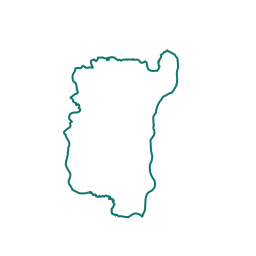 the district of Phonthong, Champasak, Laos, rotated 53°
{"feature_id": "54806243B67434402908614", "entity_name": "Phonthong", "entity_type": "district", "adm_level": 2, "iso_a3": "LAO", "parent_name": "Laos", "parent_adm1": "Champasak", "projection": "mercator", "projection_center": [105.67, 15.132], "detail": "fine", "context": "isolated", "style": "outline", "palette": "teal", "viewbox_px": 256, "rotation_deg": 53, "n_neighbors": 0, "source": "geoboundaries", "source_scale": "gbopen_adm2", "svg_char_len": 5712}
<svg xmlns="http://www.w3.org/2000/svg" viewBox="0 0 256 256"><g transform="rotate(53 128 128)"><path d="M202.4,162.7L196.1,157.4L193.9,155.2L193.1,154.1L192.6,153.3L192.1,152.1L191.8,150.8L191.8,149.7L192.2,147.6L192.3,146.4L192.1,145.1L191.8,143.7L191.4,142.8L190.9,141.9L189.7,140.5L187.8,139.3L186.5,138.7L185.0,138.4L183.3,138.4L180.5,138.0L176.3,136.8L175.0,136.0L172.4,134.2L170.2,132.2L168.8,129.3L167.7,128.1L166.5,126.7L165.4,125.8L164.3,125.2L159.9,123.2L154.8,119.8L152.5,118.2L151.5,117.5L150.7,116.2L150.4,114.5L149.8,113.3L149.6,112.0L148.9,110.9L148.4,110.3L147.0,109.2L145.9,108.7L145.2,108.4L144.5,108.4L142.8,107.4L142.0,106.7L141.6,106.1L141.4,105.6L141.1,105.4L140.6,105.4L138.5,104.1L135.5,102.0L134.1,100.7L133.4,99.1L133.0,97.9L132.7,96.6L131.0,95.1L128.7,92.1L127.9,90.9L126.4,87.9L125.2,83.9L124.4,82.0L124.2,80.9L124.5,79.6L124.9,77.5L125.1,75.5L125.4,73.6L126.2,72.1L125.7,70.0L125.0,68.0L123.4,64.3L121.8,62.1L119.8,60.3L118.0,58.9L115.4,57.4L112.5,55.1L111.3,53.6L109.8,51.6L109.1,51.1L108.0,50.4L106.0,48.9L103.8,47.8L103.0,47.0L102.5,46.8L101.6,46.7L99.9,46.8L98.2,46.6L96.9,46.8L95.9,47.1L94.6,47.9L92.4,48.8L90.5,49.8L89.7,50.0L89.7,51.3L89.6,51.7L89.7,52.5L89.5,53.0L89.2,53.5L89.1,53.9L89.2,54.4L89.7,55.5L89.6,56.2L89.6,56.8L89.5,57.1L89.4,57.3L89.4,57.6L89.5,57.9L89.9,58.2L90.6,58.4L91.1,58.7L91.4,59.1L91.7,59.8L91.9,60.4L92.3,61.0L92.6,62.8L92.6,63.1L92.8,63.3L93.2,63.4L93.7,63.4L93.9,63.6L93.9,64.0L94.0,64.5L94.5,64.9L95.0,65.0L95.4,65.1L96.2,65.8L96.9,65.9L97.9,65.8L98.3,66.6L99.0,67.8L99.4,68.6L99.7,69.6L99.8,70.3L96.9,74.5L94.8,76.0L94.1,76.2L93.2,76.4L90.5,75.7L89.6,75.1L88.5,74.5L86.7,73.8L85.4,74.0L85.1,74.4L85.1,75.2L84.4,77.5L84.1,78.0L83.7,78.2L82.6,78.7L81.2,78.5L80.4,78.6L79.9,78.8L79.4,79.1L78.8,79.7L76.9,82.4L76.4,82.4L76.1,82.5L76.0,82.8L76.0,83.4L74.6,85.1L73.8,85.9L73.5,86.5L73.1,87.4L73.0,87.6L72.4,87.7L72.1,87.9L72.0,88.2L72.0,88.8L71.3,89.7L70.5,90.6L70.4,90.9L70.2,92.7L70.0,93.0L69.1,93.4L68.6,93.4L68.5,93.5L68.3,93.7L67.9,94.7L67.8,95.0L67.2,95.6L66.9,95.7L66.6,95.6L64.6,96.4L64.0,96.3L62.6,97.4L61.7,98.2L61.5,98.5L61.2,99.5L60.5,100.5L60.2,101.2L60.3,101.4L61.4,101.7L61.7,102.1L61.8,102.6L61.8,103.1L61.4,103.7L61.2,103.9L60.8,103.6L60.6,102.9L60.4,102.7L60.1,102.7L59.7,102.7L59.5,102.9L59.0,104.0L58.5,104.5L56.2,106.0L55.7,107.0L55.2,107.7L53.8,109.3L53.7,109.6L54.6,110.7L55.1,111.8L55.4,112.8L55.4,113.2L55.3,113.4L54.9,113.6L54.5,113.7L54.1,113.6L53.3,113.7L52.9,113.8L52.6,114.3L52.5,114.9L52.1,116.6L52.3,117.3L52.5,117.6L52.9,117.8L53.5,118.0L54.4,118.7L55.2,119.0L57.4,119.4L58.2,119.7L58.5,120.0L57.6,120.6L57.2,121.5L56.5,122.1L56.3,122.3L55.5,124.2L55.2,124.6L54.5,125.3L54.0,125.5L52.4,125.9L51.3,126.6L51.2,126.7L51.6,127.9L51.7,129.5L51.3,130.6L50.4,131.3L49.7,132.2L49.1,133.2L48.9,133.9L48.9,134.3L50.1,135.4L50.5,135.9L51.0,137.0L51.8,139.2L52.5,140.3L54.2,141.9L55.2,142.5L56.3,143.1L57.4,143.4L58.7,143.4L60.1,142.9L60.8,142.9L61.0,142.8L61.3,142.9L64.0,144.1L65.8,145.4L66.8,145.8L67.6,145.9L68.4,146.1L69.1,146.5L69.6,146.9L69.8,147.5L69.1,149.6L69.1,155.5L69.3,155.7L70.0,155.5L70.5,155.2L71.3,155.0L72.0,155.0L72.8,155.2L73.5,155.7L74.0,155.9L74.7,155.8L75.9,155.0L76.7,154.6L77.1,154.6L77.5,154.8L78.3,155.5L78.8,155.3L78.9,153.7L79.3,153.3L80.2,153.2L81.5,153.8L82.0,154.5L82.2,155.2L82.6,155.4L83.4,155.0L84.0,154.9L84.4,154.9L85.0,155.4L85.3,156.3L85.5,157.6L85.1,158.9L84.5,160.0L83.6,161.1L82.7,162.7L82.2,164.0L82.1,166.0L82.2,166.3L82.8,167.0L83.5,168.0L84.3,168.9L85.1,169.3L86.6,169.4L87.9,169.1L89.1,169.1L89.2,171.1L89.4,171.6L89.7,171.8L91.2,172.3L91.8,172.7L92.4,173.7L92.5,174.5L92.2,175.7L92.2,177.8L92.2,178.7L92.5,179.4L92.4,180.9L92.7,181.3L93.6,182.2L96.3,182.0L97.7,182.7L102.5,183.3L104.8,184.0L106.3,185.0L107.7,187.3L108.4,188.1L110.3,189.5L110.9,190.5L111.3,191.0L112.2,191.2L115.9,195.6L117.2,197.3L119.7,199.7L122.2,200.5L124.6,201.0L128.4,201.3L129.8,201.6L131.2,202.6L131.9,203.3L132.6,204.0L133.3,205.2L133.9,206.5L134.9,207.6L135.4,207.9L137.6,208.8L140.1,208.8L143.4,209.4L144.2,209.4L149.5,206.8L150.9,206.0L152.1,204.7L153.7,202.5L154.6,201.2L155.9,198.0L156.3,197.7L156.4,196.5L156.5,196.3L156.8,196.2L157.0,196.2L157.4,196.7L157.6,196.8L158.0,196.3L158.4,196.1L158.6,196.1L159.7,196.2L160.3,196.2L160.8,196.0L160.9,195.8L160.7,195.1L160.8,194.8L160.9,194.6L161.7,194.6L162.0,194.4L162.4,194.0L162.6,193.9L162.9,194.1L163.2,194.5L163.5,194.5L164.2,194.0L165.1,193.3L165.2,193.0L165.3,192.7L165.0,192.0L165.1,191.8L165.3,191.7L165.6,191.9L166.0,191.7L166.3,191.3L166.6,190.7L166.8,190.3L167.0,189.5L167.2,189.0L167.5,188.8L168.2,188.5L168.4,188.3L168.5,187.8L168.3,186.9L168.3,186.6L168.4,186.4L168.9,186.1L169.8,185.6L170.3,185.1L170.5,184.9L170.8,184.8L171.1,185.0L171.2,184.9L171.7,184.0L172.0,183.8L172.3,183.8L172.7,183.9L173.5,184.6L173.7,184.8L173.6,185.1L173.0,185.3L172.9,185.4L173.0,185.6L173.4,185.8L173.7,185.6L174.2,184.3L174.4,184.1L175.3,183.4L175.6,183.2L175.8,183.3L176.1,183.7L176.4,183.9L176.6,183.7L176.8,183.2L177.0,183.0L177.3,183.0L177.5,183.3L177.3,183.9L177.3,184.2L177.5,184.4L178.6,184.6L179.3,184.5L180.2,184.6L180.9,184.8L181.0,185.1L181.1,185.6L181.2,185.8L182.0,187.1L182.6,188.0L182.6,188.3L182.5,189.3L182.6,189.7L182.9,190.0L183.4,190.1L184.1,190.7L184.2,190.9L184.8,191.1L185.5,191.8L186.0,192.0L186.3,192.1L186.9,192.0L187.3,192.2L188.0,191.7L189.0,190.9L189.8,190.6L190.3,190.6L190.2,189.7L190.4,189.4L190.7,189.2L192.3,188.7L192.7,188.6L193.2,188.1L193.6,187.8L194.1,186.8L197.8,183.3L199.4,181.3L199.7,177.2L200.0,174.8L200.5,173.9L201.0,173.1L201.6,172.5L202.6,171.7L204.4,170.7L207.1,170.0L207.0,169.4L206.6,168.8L206.2,168.5L205.9,168.0L204.5,165.0L203.8,164.1L202.4,162.7Z" fill="none" stroke="#0f766e" stroke-width="2"/></g></svg>